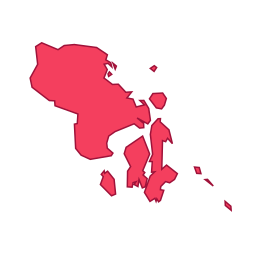 Sulawesi Tenggara, Robinson projection, rotated 350°
{"feature_id": "IDN-556", "entity_name": "Sulawesi Tenggara", "entity_type": "Province", "adm_level": 1, "iso_a3": "IDN", "parent_name": "Indonesia", "parent_adm1": "", "projection": "robinson", "projection_center": [122.493, -4.447], "detail": "medium", "context": "isolated", "style": "filled", "palette": "rose", "viewbox_px": 256, "rotation_deg": 350, "n_neighbors": 0, "source": "natural_earth", "source_scale": "10m", "svg_char_len": 1916}
<svg xmlns="http://www.w3.org/2000/svg" viewBox="0 0 256 256"><g transform="rotate(350 128 128)"><path d="M120.4,52.3L118.0,57.0L122.3,60.7L122.6,64.9L119.6,60.9L115.6,61.0L117.7,66.9L113.0,74.6L120.2,82.4L126.1,83.2L132.0,92.4L137.9,93.1L132.1,98.2L137.9,100.4L139.7,108.7L148.2,108.1L144.5,103.0L148.4,103.6L151.8,112.3L151.4,124.4L148.2,127.4L138.7,119.7L144.2,126.1L143.6,130.4L139.4,130.1L134.8,124.9L114.6,129.3L107.6,132.6L104.4,139.2L104.1,144.3L108.8,150.1L106.7,152.4L85.4,152.3L77.1,146.6L72.9,139.0L75.9,114.9L78.8,114.8L81.1,105.5L60.0,93.4L60.5,88.5L55.3,87.3L40.6,71.2L40.3,61.8L50.1,49.6L51.2,31.8L57.8,29.1L72.7,38.7L79.5,35.7L89.6,36.5L111.1,43.3L120.4,52.3ZM159.5,171.2L168.7,181.5L164.9,186.7L159.5,189.2L155.7,187.3L150.1,191.3L149.2,194.4L152.4,195.6L147.4,204.9L145.3,206.0L144.1,202.8L142.9,205.1L142.3,201.9L136.9,204.1L133.0,194.3L141.5,179.3L146.7,175.8L143.5,175.6L146.1,165.3L143.3,164.7L147.7,158.2L148.9,138.2L151.9,129.7L159.2,124.1L161.6,124.4L160.7,127.5L168.0,136.9L169.0,151.1L165.2,145.0L162.7,148.0L159.8,146.4L154.1,174.5L159.5,171.2ZM144.8,157.4L135.1,172.6L136.8,174.8L134.7,176.9L138.1,181.2L134.7,188.9L131.7,189.5L129.9,180.6L127.6,187.4L124.2,184.7L126.6,182.3L123.5,182.7L121.8,187.0L117.1,185.8L120.1,170.4L123.9,166.5L119.8,152.7L122.8,146.7L141.0,138.5L144.8,157.4ZM105.4,176.1L104.3,190.9L100.0,191.9L91.0,178.9L95.2,171.6L93.6,169.0L97.1,166.0L97.2,168.6L100.4,167.0L105.4,176.1ZM168.2,99.6L170.9,105.6L167.8,111.8L164.4,115.0L159.4,113.1L154.2,103.0L158.5,98.4L168.2,99.6ZM186.7,178.0L191.3,179.3L191.9,185.6L187.8,184.6L186.7,178.0ZM215.7,222.9L215.3,226.9L210.4,221.2L210.9,217.1L215.7,222.9ZM166.7,73.4L163.5,76.8L160.3,73.2L164.7,71.2L166.7,73.4ZM197.4,192.4L201.9,199.9L195.0,192.2L197.4,192.4ZM124.5,61.7L127.3,65.0L125.6,67.8L124.5,61.7ZM119.4,69.5L121.3,72.3L117.9,73.8L117.7,71.3L119.4,69.5Z" fill="#f43f5e" stroke="#9f1239" stroke-width="1.5"/></g></svg>